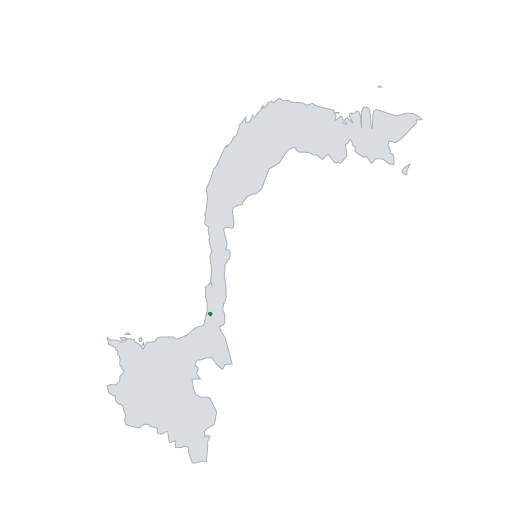 Hong Linh, Ha Tinh, Vietnam (highlighted), rotated 222°
{"feature_id": "81297802B12079916150099", "entity_name": "Hong Linh", "entity_type": "district", "adm_level": 2, "iso_a3": "VNM", "parent_name": "Vietnam", "parent_adm1": "Ha Tinh", "projection": "orthographic", "projection_center": [105.71, 18.534], "detail": "fine", "context": "in_parent", "style": "filled", "palette": "green", "viewbox_px": 512, "rotation_deg": 222, "n_neighbors": 0, "source": "geoboundaries", "source_scale": "gbopen_adm2", "svg_char_len": 4583}
<svg xmlns="http://www.w3.org/2000/svg" viewBox="0 0 512 512"><g transform="rotate(222 256 256)"><path d="M312.1,96.0L307.7,96.4L303.1,100.2L297.0,102.6L295.6,109.3L290.5,112.4L288.1,111.0L283.0,112.4L277.5,111.0L279.4,118.6L274.0,124.7L274.6,128.6L273.1,131.6L263.6,140.2L260.8,140.3L258.7,141.7L254.0,151.9L253.4,160.4L251.4,165.2L249.3,167.2L248.8,169.9L256.1,183.3L261.0,188.6L265.7,191.4L272.9,199.3L271.8,201.4L272.4,205.9L269.0,204.6L269.4,205.1L273.4,207.5L279.5,216.0L290.2,225.0L291.9,229.5L302.2,236.8L301.9,237.8L309.3,243.6L310.1,246.0L315.6,245.6L320.6,252.5L322.2,252.5L322.8,255.4L331.1,267.0L337.9,272.8L341.4,283.6L345.5,291.8L345.7,296.5L352.0,316.5L351.6,319.1L350.4,316.6L350.7,324.2L351.8,328.2L351.4,333.1L355.8,342.3L356.5,352.6L353.4,348.3L350.2,351.4L352.7,358.6L349.9,358.0L350.3,367.8L351.5,371.2L351.2,372.5L349.8,370.0L348.7,374.7L349.9,377.9L348.1,381.4L345.5,381.7L344.1,389.1L339.4,389.8L336.0,393.2L331.8,394.5L323.9,401.0L318.9,402.1L316.3,407.2L311.9,407.8L295.3,416.6L293.4,414.6L290.4,413.8L288.0,409.2L286.4,416.7L285.1,417.2L282.6,415.7L280.1,412.8L276.7,414.9L280.5,415.4L281.6,417.4L281.0,419.7L272.7,419.7L280.2,422.6L281.8,424.8L278.2,428.4L278.2,431.0L276.4,432.2L272.3,429.9L263.3,421.9L273.9,433.3L275.8,438.4L273.3,440.8L270.3,440.9L265.3,437.5L257.3,429.3L254.6,428.2L264.0,439.8L265.4,442.4L264.3,445.5L245.2,454.1L240.1,462.5L234.2,467.3L227.8,468.6L224.3,468.2L227.9,464.0L225.7,462.4L226.5,439.4L228.2,433.4L233.6,431.0L233.7,429.8L231.8,426.3L227.4,424.9L225.4,422.4L221.4,423.3L214.7,416.3L218.6,413.4L226.8,412.9L232.3,408.1L231.7,402.8L232.3,402.1L240.0,404.0L242.6,401.0L252.5,399.9L255.3,403.5L257.7,402.9L262.2,405.4L264.1,405.5L263.2,401.8L264.0,398.5L255.3,391.2L255.2,381.4L257.3,380.9L259.6,377.8L270.7,379.9L271.1,372.3L279.2,371.4L281.0,369.3L285.7,368.6L293.6,362.0L297.0,361.5L298.8,363.2L301.9,360.2L303.3,355.1L300.9,341.0L304.5,329.3L296.7,309.5L297.5,302.5L299.9,300.1L302.3,294.3L301.9,287.9L300.7,284.8L302.7,282.6L305.4,276.8L302.9,272.9L294.9,266.4L291.7,261.2L298.0,256.8L298.1,254.2L285.1,245.3L282.8,240.6L279.8,242.5L277.4,241.3L274.4,236.8L273.1,228.0L271.0,226.6L266.7,220.4L259.4,214.7L250.7,205.4L248.9,202.6L247.9,198.3L244.3,193.3L240.9,192.3L234.9,186.1L234.1,183.4L235.8,179.0L231.6,176.7L224.0,174.5L201.6,159.8L206.3,154.7L205.0,150.0L205.5,149.1L211.7,148.9L220.6,150.9L224.9,147.0L226.9,142.7L230.0,139.4L230.0,137.5L227.8,134.1L223.8,134.0L221.6,129.1L214.8,127.1L219.3,123.8L220.7,121.2L214.4,116.1L207.8,112.5L201.8,114.8L197.2,118.9L195.1,119.5L180.8,113.7L174.2,102.8L177.0,94.0L177.1,90.8L174.3,89.2L173.5,87.1L171.4,90.8L169.3,90.9L167.3,84.2L164.8,82.6L155.5,70.3L158.4,67.8L163.1,61.0L164.9,59.7L174.3,64.6L178.3,68.7L182.5,66.1L182.5,64.6L187.7,59.6L192.0,64.9L195.5,59.3L204.0,66.4L205.3,65.1L207.0,60.3L209.4,58.9L211.3,58.7L213.5,61.5L215.5,61.7L219.7,58.9L223.9,58.4L226.8,55.8L227.7,50.4L228.7,49.4L239.7,43.4L244.0,46.6L246.9,51.2L250.7,52.5L254.7,55.6L257.9,55.1L258.9,54.1L262.9,54.2L266.4,57.4L273.4,55.9L279.7,59.6L277.7,63.7L274.5,65.6L273.7,67.7L273.8,72.3L276.5,75.2L276.8,82.7L278.5,82.1L285.0,84.3L287.5,88.0L290.7,90.2L293.2,90.4L295.3,93.3L297.5,92.3L298.6,93.6L303.1,93.1L306.3,91.8L312.1,96.0ZM204.4,416.8L204.7,421.6L203.0,427.2L201.2,421.0L198.3,417.3L202.2,415.8L204.4,416.8ZM302.2,104.5L298.4,108.2L296.9,108.1L298.8,103.1L302.2,104.5ZM286.9,118.2L285.8,118.4L283.7,116.0L284.8,114.8L287.2,115.7L287.8,116.7L286.9,118.2ZM300.1,112.9L298.6,113.7L296.8,113.6L300.9,109.8L300.1,112.9ZM280.5,113.1L282.1,116.9L279.8,114.9L280.5,113.1ZM293.4,415.3L290.3,418.5L290.1,417.0L293.4,415.3ZM278.1,465.2L275.7,465.3L278.3,463.4L278.1,465.2Z" fill="#d9dde1" stroke="#a8b0b8" stroke-width="1"/><path d="M252.7,181.9L252.4,181.8L252.4,181.7L252.3,181.8L252.2,181.8L251.9,181.9L251.9,182.0L251.8,181.9L251.8,182.0L251.7,182.0L251.5,181.9L251.4,181.9L251.4,181.7L251.5,181.7L251.4,181.6L251.5,181.6L251.5,181.4L251.3,181.4L251.3,181.5L251.2,181.6L250.9,181.4L250.7,181.4L250.4,181.4L250.3,181.2L250.3,181.3L250.2,181.2L250.0,181.3L250.0,181.5L249.9,181.6L250.0,181.7L250.1,181.8L250.2,182.0L250.0,182.3L250.3,182.5L250.3,182.4L250.5,182.4L250.5,182.5L250.4,182.7L250.4,182.8L250.3,183.0L250.5,183.2L250.4,183.3L250.4,183.5L250.5,183.5L250.4,183.4L250.5,183.4L250.5,183.5L250.5,183.4L250.7,183.6L250.8,183.7L251.0,183.6L251.1,183.4L251.2,183.5L251.3,183.6L251.5,183.6L251.8,183.6L252.0,183.5L252.1,183.4L252.2,183.2L252.3,182.9L252.3,182.7L252.2,182.5L252.2,182.4L252.3,182.3L252.3,182.2L252.5,182.1L252.7,181.9Z" fill="#22c55e" stroke="#15803d" stroke-width="1.5"/></g></svg>